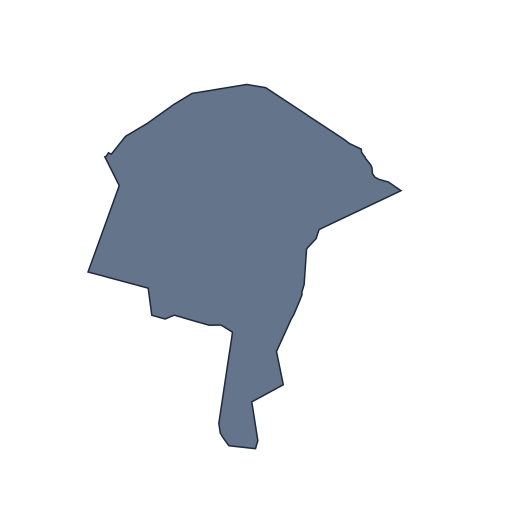 the district of Santa María Jalapa del Marqués, Oaxaca, Mexico, rotated 245°
{"feature_id": "50627088B47200776133604", "entity_name": "Santa María Jalapa del Marqués", "entity_type": "district", "adm_level": 2, "iso_a3": "MEX", "parent_name": "Mexico", "parent_adm1": "Oaxaca", "projection": "robinson", "projection_center": [-95.524, 16.507], "detail": "fine", "context": "isolated", "style": "filled", "palette": "slate", "viewbox_px": 512, "rotation_deg": 245, "n_neighbors": 0, "source": "geoboundaries", "source_scale": "gbopen_adm2", "svg_char_len": 1101}
<svg xmlns="http://www.w3.org/2000/svg" viewBox="0 0 512 512"><g transform="rotate(245 256 256)"><path d="M377.6,161.8L365.0,149.3L320.7,105.2L312.5,97.0L274.0,142.8L272.4,144.7L246.3,136.5L237.3,147.0L237.0,156.8L222.0,173.9L213.0,184.4L208.2,195.1L196.9,202.5L190.6,198.4L173.8,187.2L167.8,183.2L119.9,151.5L110.6,148.8L106.2,149.2L105.8,149.3L101.4,150.1L95.7,151.2L95.5,151.3L93.2,155.0L81.6,174.1L87.8,179.6L119.2,188.7L125.6,190.5L125.8,193.9L127.8,226.3L129.8,226.8L136.0,228.3L160.8,234.2L184.2,261.6L186.9,265.5L196.3,275.9L201.5,281.4L203.6,282.1L210.0,287.7L219.3,292.8L241.1,304.9L245.2,314.9L246.4,317.9L248.9,320.2L253.3,324.4L253.3,324.5L253.3,325.4L253.4,328.9L253.9,413.1L253.9,415.0L267.2,407.2L273.4,399.9L277.0,397.2L281.2,396.3L287.0,398.4L290.0,398.5L298.6,396.4L299.7,396.7L301.6,396.1L305.4,395.5L308.3,396.6L318.7,388.0L323.6,385.6L360.9,362.6L362.7,361.6L404.5,335.9L407.4,331.7L415.4,320.1L430.4,266.7L428.1,245.6L422.1,213.4L421.1,203.1L419.6,188.3L409.4,167.9L411.9,165.9L409.6,162.2L409.8,160.9L377.6,161.8Z" fill="#64748b" stroke="#1e293b" stroke-width="1.5"/></g></svg>